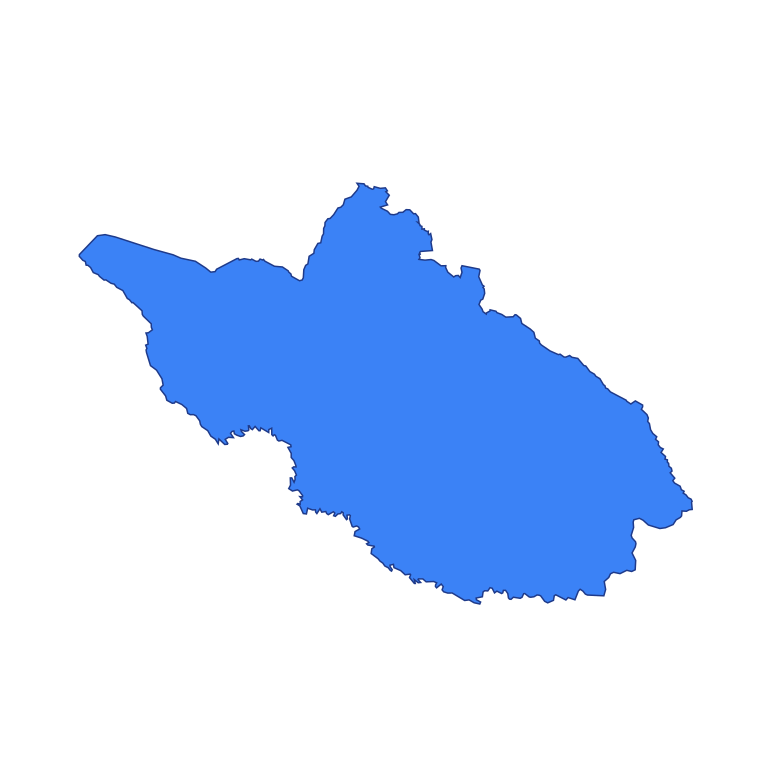 Kamonyi, Southern, Rwanda, rotated 132°
{"feature_id": "39286606B23352434464252", "entity_name": "Kamonyi", "entity_type": "district", "adm_level": 2, "iso_a3": "RWA", "parent_name": "Rwanda", "parent_adm1": "Southern", "projection": "equal_earth", "projection_center": [29.885, -2.028], "detail": "fine", "context": "isolated", "style": "filled", "palette": "blue", "viewbox_px": 768, "rotation_deg": 132, "n_neighbors": 0, "source": "geoboundaries", "source_scale": "gbopen_adm2", "svg_char_len": 6130}
<svg xmlns="http://www.w3.org/2000/svg" viewBox="0 0 768 768"><g transform="rotate(132 384 384)"><path d="M490.9,179.2L487.5,176.3L486.3,170.7L483.4,165.6L481.4,166.3L482.5,171.0L481.4,172.3L476.3,168.5L472.3,171.2L470.3,170.9L468.3,168.4L464.4,168.9L463.4,166.9L465.3,162.1L462.4,161.5L461.0,156.4L459.7,156.0L457.5,157.2L456.0,155.6L456.9,151.8L459.7,148.4L459.9,146.8L459.0,145.5L455.9,145.2L452.1,139.4L450.1,138.7L446.4,139.9L445.5,139.1L445.1,133.6L444.3,132.3L441.8,130.2L438.4,129.1L437.1,127.3L436.6,125.8L438.0,119.2L437.1,115.9L431.4,113.3L427.4,115.8L425.7,115.3L422.8,104.3L419.5,104.3L416.6,97.7L407.8,101.0L405.3,100.9L404.8,97.6L405.4,93.8L404.7,91.6L394.3,78.9L388.4,81.8L383.4,88.2L377.4,87.5L373.5,88.7L370.3,87.4L367.0,81.7L360.0,78.9L357.6,74.5L354.0,73.0L346.7,78.9L343.6,86.6L337.0,88.2L334.1,89.9L332.9,91.6L332.4,96.6L331.1,99.0L323.6,102.5L319.9,106.4L317.7,107.5L312.9,104.3L311.9,100.5L311.9,93.2L306.8,82.3L302.4,78.6L295.0,75.1L289.5,76.0L284.8,74.5L282.9,74.6L279.0,77.6L276.2,74.1L273.2,73.0L271.0,71.0L266.0,76.4L265.0,76.5L264.1,78.8L265.0,81.9L264.3,85.4L264.9,88.6L262.9,89.2L263.6,92.3L261.8,95.5L263.2,101.8L262.6,104.7L259.4,104.9L258.5,111.9L256.0,111.7L254.3,114.1L254.5,117.2L252.5,119.4L252.5,121.1L250.7,122.7L251.8,124.9L249.5,126.3L249.5,132.3L245.4,133.0L246.3,136.1L245.7,139.5L243.3,141.3L243.4,145.2L240.7,146.0L240.9,151.1L239.6,155.3L235.8,160.3L235.4,163.0L232.4,164.8L230.8,168.1L230.6,175.8L227.9,176.5L226.6,177.7L228.4,185.9L233.7,187.2L234.4,192.0L234.0,193.2L238.4,210.5L237.9,214.5L238.7,216.6L237.4,218.8L237.7,220.4L235.6,227.1L236.5,231.7L235.9,234.2L237.0,239.3L235.6,246.1L236.6,247.9L235.3,257.1L238.4,262.2L238.6,265.1L242.4,266.9L243.5,268.3L244.0,273.1L245.5,274.1L248.3,282.7L249.7,293.1L249.5,295.7L248.1,297.4L248.7,302.2L245.3,307.2L245.3,312.2L246.8,322.1L243.9,326.4L244.1,331.9L244.8,333.0L247.6,333.0L252.8,338.2L253.5,343.0L255.4,347.8L255.0,349.5L257.3,353.7L257.9,354.8L258.8,354.1L262.6,355.4L263.6,354.8L264.0,358.8L262.7,361.2L261.4,366.6L257.0,368.2L254.8,367.4L249.3,369.8L246.3,373.2L246.0,375.1L244.4,375.1L244.6,377.1L240.9,385.4L235.4,388.6L234.9,390.1L243.9,405.2L246.3,404.3L248.8,400.8L253.9,398.6L253.6,401.4L255.5,403.2L257.8,403.8L258.2,411.4L256.2,416.1L254.7,417.2L258.0,420.7L258.8,429.5L260.0,432.3L264.5,436.4L268.0,441.4L266.1,441.7L264.2,444.8L263.3,444.0L262.5,445.4L261.1,445.6L252.4,437.3L247.1,444.1L244.6,445.0L241.0,450.0L243.0,450.4L242.8,451.6L240.8,453.3L241.8,454.0L242.6,457.2L241.7,457.9L243.5,459.4L241.5,461.3L242.2,463.2L241.4,464.1L241.3,467.2L240.6,466.0L237.0,470.2L236.3,474.6L237.7,475.9L237.3,481.4L239.6,484.2L243.8,484.9L246.5,487.7L248.6,487.9L251.6,489.9L253.7,492.8L253.3,497.0L255.2,503.8L255.0,505.1L248.5,501.2L247.5,504.9L240.2,506.4L239.9,511.3L238.2,510.7L237.3,514.2L241.1,517.7L243.9,523.3L245.9,522.3L247.1,523.0L248.5,527.4L247.9,528.4L249.2,530.3L248.6,532.8L252.9,538.4L253.8,534.8L258.2,533.7L266.8,533.5L272.8,536.7L278.0,534.2L281.6,534.4L284.0,536.0L291.8,534.7L297.0,534.8L298.8,536.3L303.4,535.9L306.1,533.7L308.7,533.0L312.9,529.4L315.5,528.9L321.4,525.5L323.8,527.2L330.8,525.7L333.8,523.6L339.2,525.1L345.7,520.9L348.3,521.6L352.7,520.1L359.1,515.0L361.5,514.4L363.8,515.9L365.8,524.8L364.5,526.9L364.6,529.6L364.0,530.9L365.0,537.8L369.8,544.2L372.4,554.6L372.1,556.9L373.0,557.1L374.1,559.7L376.7,559.5L378.5,561.2L379.7,565.9L380.9,566.1L384.4,571.7L388.7,574.6L388.1,576.2L389.2,577.2L410.7,585.2L413.5,584.7L416.8,587.6L417.1,594.1L419.0,606.3L426.4,619.1L429.1,627.2L438.0,645.0L454.6,682.2L459.6,691.2L465.6,696.2L491.6,697.0L493.0,695.9L493.6,690.6L492.8,687.9L495.0,684.9L493.9,683.4L493.8,680.0L495.7,674.6L493.9,669.4L494.4,667.5L494.1,661.6L492.7,660.3L491.8,654.2L490.3,651.3L491.0,647.3L489.3,640.6L492.2,632.0L491.7,629.5L492.3,625.7L491.4,625.0L491.5,612.8L494.0,610.2L494.6,608.3L495.0,597.3L497.5,594.9L498.7,592.4L503.6,593.4L505.4,595.0L507.0,591.9L512.2,586.0L514.6,587.1L516.2,584.0L517.9,583.6L519.5,581.6L526.6,569.8L525.9,562.3L528.7,552.5L532.6,547.4L536.4,547.6L537.5,546.7L539.0,538.3L541.4,534.5L540.0,528.5L538.4,527.0L536.5,527.2L534.5,520.5L534.3,514.3L537.1,510.2L536.4,507.4L534.2,505.1L533.4,502.5L534.7,496.3L536.8,493.5L537.6,490.9L536.6,483.8L538.6,477.8L537.9,472.4L539.4,467.2L535.3,469.9L535.5,461.9L533.6,460.1L532.7,460.3L531.4,465.0L527.7,463.9L524.6,460.0L523.3,465.1L520.9,465.2L519.4,464.1L521.1,461.9L520.5,459.1L519.0,455.5L516.8,453.9L514.9,453.8L514.7,458.1L513.7,459.7L512.1,455.7L509.8,453.8L508.6,453.7L505.8,456.8L505.2,456.1L506.3,453.2L506.0,451.3L501.8,451.4L502.4,445.6L501.6,444.8L499.0,446.2L497.2,437.2L494.9,439.1L492.0,437.9L496.7,433.5L496.8,431.7L495.1,431.6L494.8,430.3L497.0,425.7L496.7,424.0L494.1,422.1L491.6,412.6L492.8,411.1L495.4,413.0L497.6,406.6L500.7,403.8L501.2,399.7L503.6,394.9L504.4,393.9L506.1,395.7L507.8,396.0L508.3,392.4L510.3,388.1L512.4,388.3L514.4,386.2L517.2,385.1L515.5,389.7L516.5,390.8L521.7,385.8L525.5,384.8L524.8,380.4L520.6,377.5L520.2,375.6L521.4,369.8L522.4,369.1L524.0,371.2L524.6,367.0L527.4,367.7L529.4,365.9L530.5,368.1L531.5,368.2L530.9,365.0L534.3,357.3L532.5,354.7L527.4,357.6L525.4,352.8L523.4,350.8L524.9,349.1L525.2,347.2L519.6,348.1L520.9,344.5L517.7,341.9L518.6,340.0L518.4,338.0L512.8,336.1L512.8,334.2L515.6,333.3L514.9,331.6L511.4,331.3L509.3,329.5L507.2,329.9L507.0,328.1L508.6,326.8L509.9,321.1L508.7,320.9L506.3,323.7L504.4,322.2L504.3,321.0L507.3,319.2L511.1,312.4L510.9,311.2L507.8,309.3L507.3,307.2L508.0,305.1L513.0,306.8L516.7,304.6L513.6,297.7L511.6,290.8L512.0,289.1L514.4,290.0L514.5,288.3L511.1,282.8L511.5,282.1L514.6,282.8L518.6,280.1L517.8,271.5L518.3,268.5L517.9,265.0L518.7,261.6L517.7,257.8L518.3,254.7L518.0,253.2L516.5,253.6L515.6,257.3L514.6,258.3L511.7,256.3L513.8,253.7L511.5,246.7L511.6,240.6L507.8,237.4L508.0,236.5L510.8,235.5L511.9,228.0L511.3,227.3L509.1,230.6L508.8,225.6L507.0,224.0L506.6,227.8L505.8,228.0L502.9,224.7L502.8,220.3L497.5,214.9L496.5,211.8L498.9,211.2L500.1,210.2L500.3,208.5L494.4,207.6L494.9,204.4L498.1,203.1L498.5,200.6L496.7,196.7L493.7,193.5L490.9,179.2Z" fill="#3b82f6" stroke="#1e3a8a" stroke-width="1.5"/></g></svg>